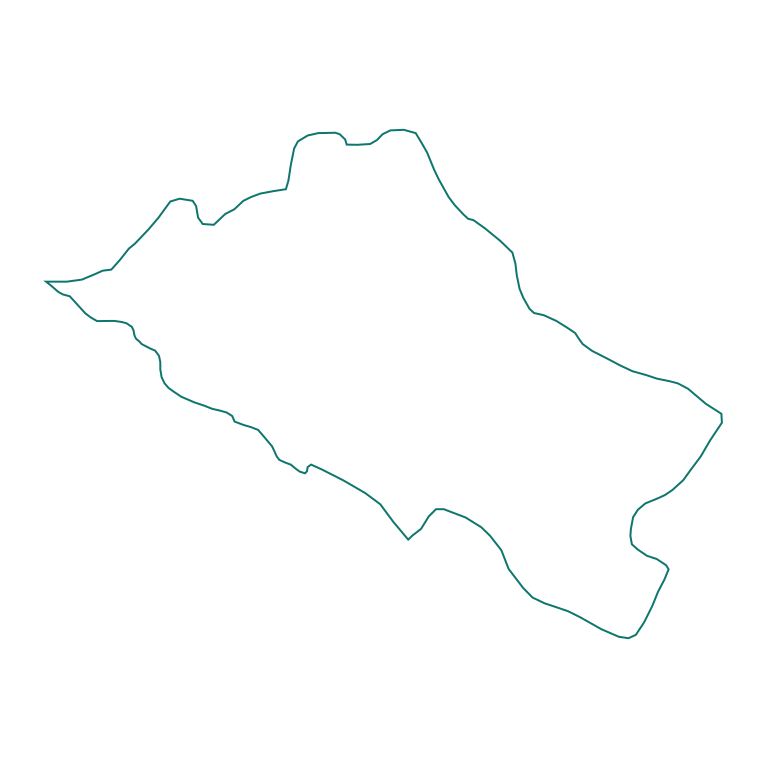 the district of Mongo, Nyanga, Gabon
{"feature_id": "22940354B34091756215614", "entity_name": "Mongo", "entity_type": "district", "adm_level": 2, "iso_a3": "GAB", "parent_name": "Gabon", "parent_adm1": "Nyanga", "projection": "albers", "projection_center": [11.424, -3.286], "detail": "fine", "context": "isolated", "style": "outline", "palette": "teal", "viewbox_px": 768, "rotation_deg": 0, "n_neighbors": 0, "source": "geoboundaries", "source_scale": "gbopen_adm2", "svg_char_len": 2276}
<svg xmlns="http://www.w3.org/2000/svg" viewBox="0 0 768 768"><path d="M408.2,539.6L412.6,535.4L421.1,528.8L428.7,516.5L436.0,509.2L443.9,509.2L453.0,512.7L465.4,517.4L481.2,527.2L490.0,535.7L501.4,550.3L508.6,568.9L523.1,587.9L532.6,597.6L544.6,603.3L556.0,607.1L568.0,611.2L580.1,617.2L601.5,629.3L618.9,636.8L628.6,638.2L635.9,634.8L644.0,622.5L647.8,615.0L652.4,605.7L658.1,591.6L664.4,579.6L668.6,569.3L666.2,565.3L656.7,559.0L647.0,555.8L637.7,549.5L631.9,544.3L630.4,536.0L630.9,528.9L633.1,517.2L637.9,509.7L645.4,503.4L658.6,498.0L665.2,494.9L672.5,489.9L683.2,480.2L690.3,470.4L700.7,456.5L709.9,440.7L721.9,422.7L721.4,413.8L705.7,403.7L688.1,388.8L677.7,383.3L669.5,381.2L656.8,378.6L646.6,375.2L632.4,371.2L620.1,365.4L608.6,359.3L592.3,351.0L582.8,344.2L579.6,339.8L575.1,333.0L566.9,327.5L556.3,320.9L543.8,315.2L534.0,313.0L529.5,308.8L523.4,298.0L519.6,288.9L516.8,275.5L515.4,263.6L512.4,252.6L500.5,241.1L485.0,228.4L473.4,220.1L468.1,218.8L463.0,214.0L454.7,205.1L448.6,197.0L439.0,179.8L434.3,170.1L427.1,152.5L421.6,142.9L415.7,133.1L403.8,129.8L390.4,130.4L382.6,134.2L376.9,140.1L370.1,144.0L357.3,144.8L346.7,144.6L345.2,139.5L339.7,134.2L335.1,132.7L333.2,132.8L318.3,133.1L307.7,135.5L297.9,141.4L294.1,148.6L290.9,164.5L288.4,180.7L285.9,189.2L273.6,191.1L260.2,193.6L251.1,197.0L243.4,200.8L234.3,209.3L225.2,214.0L213.8,224.8L202.7,224.0L198.1,217.6L196.1,206.1L192.7,200.8L179.6,198.7L170.3,201.5L165.6,207.9L158.4,217.8L148.4,229.5L135.1,243.5L128.9,248.6L119.6,260.3L111.3,269.6L102.6,270.7L94.6,274.3L81.9,279.6L66.6,281.7L46.1,281.7L50.8,285.4L58.3,291.9L62.8,294.4L69.8,296.3L85.3,313.3L90.8,317.5L97.1,321.1L114.3,320.9L121.7,322.0L126.4,323.2L131.9,326.9L133.6,330.7L134.5,335.5L136.0,338.7L139.6,341.7L141.7,344.1L149.8,348.3L155.2,350.7L159.0,355.9L160.3,362.0L160.3,369.3L161.6,377.2L164.6,383.4L168.5,387.9L173.6,391.6L181.2,396.7L193.9,402.2L204.6,405.8L212.1,408.8L220.3,410.7L226.6,412.5L232.2,416.0L234.6,421.6L243.7,425.0L250.3,426.9L258.1,429.9L264.3,437.1L272.1,446.4L274.7,451.9L276.8,456.6L279.5,460.0L286.1,462.9L290.8,464.6L295.7,468.7L299.7,471.6L305.0,473.3L306.9,471.4L307.7,467.0L311.1,464.6L321.5,469.3L343.2,480.3L365.4,493.2L380.3,504.3L393.2,521.7L408.2,539.6Z" fill="none" stroke="#0f766e" stroke-width="2"/></svg>